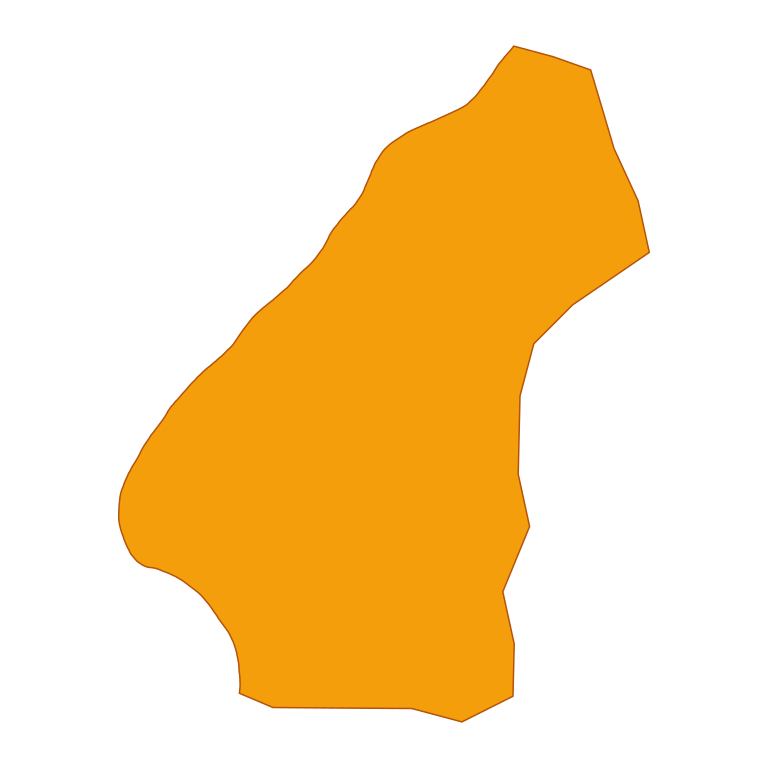 outline of Sinuiju City, P'yŏngan-bukto, North Korea
{"feature_id": "82179303B65076017972610", "entity_name": "Sinuiju City", "entity_type": "district", "adm_level": 2, "iso_a3": "PRK", "parent_name": "North Korea", "parent_adm1": "P'yŏngan-bukto", "projection": "robinson", "projection_center": [124.379, 40.084], "detail": "fine", "context": "isolated", "style": "filled", "palette": "amber", "viewbox_px": 768, "rotation_deg": 0, "n_neighbors": 0, "source": "geoboundaries", "source_scale": "gbopen_adm2", "svg_char_len": 3134}
<svg xmlns="http://www.w3.org/2000/svg" viewBox="0 0 768 768"><path d="M649.3,252.4L638.1,200.9L614.0,148.5L602.4,109.2L590.7,70.0L553.1,56.7L513.7,46.1L513.0,47.1L510.3,50.5L507.3,53.9L504.2,57.4L503.2,58.8L500.9,61.5L498.7,64.1L496.8,67.0L495.1,69.7L493.5,72.4L491.4,75.5L488.9,78.6L486.7,81.8L484.3,85.4L482.0,88.0L480.1,90.4L478.1,93.3L475.5,96.3L472.6,99.2L469.6,101.9L467.6,104.0L466.0,105.2L462.1,107.5L457.7,109.8L453.2,111.9L448.9,113.9L444.5,115.9L439.8,118.0L435.7,119.9L431.3,121.9L427.8,123.2L424.3,124.8L421.1,126.2L417.6,127.7L413.3,129.6L408.9,131.7L405.3,133.8L401.5,136.4L398.4,138.4L395.5,140.3L392.7,142.2L389.9,144.3L387.6,146.4L385.0,148.9L382.8,151.4L381.0,154.0L379.3,156.7L377.5,159.7L375.8,162.1L374.3,165.1L372.9,168.7L371.7,170.9L370.7,174.2L368.7,178.7L367.1,182.5L365.3,186.5L364.0,190.1L362.2,193.7L360.2,196.9L357.8,200.3L355.6,203.7L353.0,206.8L350.5,209.1L347.9,211.9L345.4,214.9L342.1,218.3L339.5,221.4L337.0,225.0L333.9,228.5L331.5,232.0L329.5,235.3L328.0,238.9L326.0,242.6L324.9,244.7L322.9,248.3L320.2,251.8L317.7,255.3L315.2,258.7L312.3,262.0L309.3,265.2L306.0,268.1L302.8,270.9L300.0,273.7L297.0,277.0L293.5,280.4L290.6,284.0L287.2,287.7L283.4,290.8L279.4,294.3L276.1,297.3L273.0,300.0L269.2,302.9L265.3,306.1L261.9,308.9L258.7,311.7L255.6,314.6L252.5,317.7L249.7,321.3L247.2,324.6L245.0,327.4L242.7,330.4L241.6,332.0L239.6,334.9L237.5,338.1L235.2,341.5L233.2,344.4L230.6,347.3L227.6,350.0L224.6,353.1L221.9,355.9L218.8,358.3L215.7,361.2L212.8,363.5L210.0,366.0L207.1,368.2L203.7,371.2L200.8,374.1L197.1,377.5L195.2,379.9L192.3,382.6L189.8,385.3L187.5,388.0L185.6,390.3L183.6,392.4L181.7,394.5L179.5,397.2L177.4,399.6L175.2,401.8L173.2,404.4L171.1,406.6L169.6,408.8L168.0,411.1L166.3,414.4L164.2,417.7L163.1,419.3L161.0,422.2L159.4,424.3L157.3,427.2L155.0,430.1L152.9,432.9L150.8,435.4L149.5,437.8L147.8,440.2L145.8,443.1L144.1,445.6L142.2,448.9L140.5,452.2L139.2,455.0L137.3,458.4L135.6,461.3L133.5,464.6L131.4,468.1L130.0,471.1L128.6,473.2L127.3,476.4L126.0,479.1L124.5,482.6L123.0,486.8L121.7,490.0L120.6,493.7L120.0,497.2L119.5,501.7L119.0,506.9L118.9,511.1L118.7,515.5L118.8,519.9L119.3,523.3L120.2,527.4L121.3,531.4L122.5,534.6L123.9,538.9L125.5,543.0L127.3,547.0L129.2,550.7L130.7,553.8L133.1,556.7L135.3,559.4L137.4,561.6L140.4,563.6L142.4,565.0L144.7,566.1L147.7,567.2L150.2,567.5L153.6,567.9L157.3,568.8L160.2,570.0L163.6,571.4L166.5,572.4L169.7,573.7L172.3,575.0L175.5,576.5L178.8,578.4L182.4,580.6L185.0,582.5L188.0,584.7L190.7,586.8L194.0,589.3L198.1,592.5L201.0,595.2L203.3,597.8L205.8,600.8L208.1,603.5L210.2,606.2L212.1,609.0L214.2,612.1L216.6,615.3L218.6,618.7L220.8,621.7L223.4,625.2L225.7,628.3L228.1,631.7L229.9,634.9L231.6,638.6L233.5,642.5L234.5,645.5L235.4,648.4L236.2,651.0L236.8,653.5L237.3,656.4L238.0,659.8L238.6,663.0L238.9,666.4L239.1,670.8L239.6,674.3L239.9,678.1L240.0,681.8L240.1,682.8L240.1,684.8L240.1,686.4L239.8,689.4L239.4,693.3L272.9,707.5L336.0,708.0L411.7,708.5L448.9,718.4L461.9,721.9L513.0,696.2L514.2,643.9L502.8,591.7L529.6,526.5L518.2,474.2L520.0,395.9L533.8,343.8L572.6,304.9L649.3,252.4Z" fill="#f59e0b" stroke="#b45309" stroke-width="1.5"/></svg>